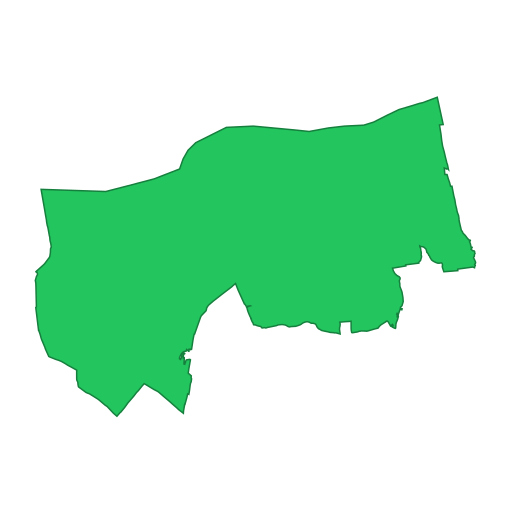 outline of Verguleasa, Olt, Romania, rotated 92°
{"feature_id": "2599482B5579924920696", "entity_name": "Verguleasa", "entity_type": "district", "adm_level": 2, "iso_a3": "ROU", "parent_name": "Romania", "parent_adm1": "Olt", "projection": "albers", "projection_center": [24.361, 44.65], "detail": "fine", "context": "isolated", "style": "filled", "palette": "green", "viewbox_px": 512, "rotation_deg": 92, "n_neighbors": 0, "source": "geoboundaries", "source_scale": "gbopen_adm2", "svg_char_len": 5954}
<svg xmlns="http://www.w3.org/2000/svg" viewBox="0 0 512 512"><g transform="rotate(92 256 256)"><path d="M363.6,459.6L364.0,458.9L366.2,452.8L367.1,449.7L368.1,446.9L370.3,442.7L371.7,440.4L373.5,436.7L376.4,431.1L378.0,431.2L385.4,430.9L386.4,430.7L388.1,429.8L388.7,429.6L390.2,429.5L391.6,429.2L392.8,428.9L393.1,428.7L398.3,421.1L399.0,419.3L399.5,417.7L404.3,409.4L405.4,407.8L410.4,401.5L411.6,399.5L418.1,393.0L421.0,389.4L417.2,386.3L416.8,385.7L412.0,382.0L407.2,378.8L400.5,373.4L396.7,370.7L394.6,368.8L390.0,365.4L387.5,363.3L388.3,361.7L393.0,353.3L394.1,351.0L394.8,349.5L395.6,348.3L399.5,343.5L404.7,336.9L407.0,334.2L410.3,330.1L412.2,328.0L415.7,323.1L413.2,323.0L408.4,322.3L407.3,322.3L406.7,322.1L406.8,321.8L405.0,321.4L400.0,320.2L396.1,319.5L396.0,319.3L396.6,318.3L393.1,317.8L387.4,317.3L385.5,317.0L384.0,316.4L381.2,316.1L380.9,316.1L380.3,316.5L379.4,316.6L378.0,316.5L377.3,317.4L376.3,318.5L376.0,319.1L375.7,319.5L375.0,319.6L371.2,319.2L362.0,317.9L361.8,318.1L361.6,318.6L362.2,321.7L362.4,322.1L364.1,322.8L364.7,322.7L365.7,323.3L366.7,323.4L366.5,324.2L360.2,324.1L359.9,324.3L359.9,324.7L360.3,325.1L359.1,325.2L356.9,324.9L356.1,323.8L355.7,324.0L355.9,324.8L355.6,325.1L355.5,325.3L355.8,325.8L356.5,326.3L357.9,326.9L359.0,326.7L359.9,326.9L360.7,327.3L362.1,327.8L362.0,328.1L361.3,328.9L359.7,328.8L356.4,327.2L355.6,326.6L354.3,325.2L353.8,324.0L353.6,322.9L353.6,322.6L351.8,322.1L352.5,321.1L353.1,320.7L353.6,319.9L353.6,319.7L353.1,319.7L352.9,319.8L352.4,319.9L352.4,319.7L351.5,319.7L351.5,318.8L351.9,318.8L351.9,318.2L351.6,318.2L351.6,317.6L351.3,317.6L351.3,317.1L341.7,316.0L337.3,315.3L336.1,314.9L336.1,314.6L319.5,309.4L318.2,308.9L317.3,308.3L312.6,304.1L311.4,303.7L309.7,303.5L307.0,301.9L302.6,297.2L297.4,291.0L295.2,288.4L287.4,278.9L286.6,278.2L284.2,275.5L290.9,272.6L304.4,265.9L304.6,265.4L306.9,263.8L306.0,260.6L305.9,260.0L306.0,259.8L306.6,261.5L307.7,263.5L308.2,263.2L310.4,262.6L312.7,261.7L316.4,260.0L318.8,258.6L318.9,258.9L321.9,257.5L322.7,256.8L324.8,256.0L324.9,254.9L324.8,254.2L325.3,253.4L325.9,251.1L326.3,248.7L327.5,247.8L327.7,247.3L327.4,245.7L327.3,244.9L327.6,243.9L327.5,243.3L326.9,241.7L326.6,240.3L324.9,233.2L324.1,231.5L323.7,228.7L323.6,226.9L323.9,224.6L324.2,223.6L325.4,221.4L325.7,220.1L325.3,218.4L324.9,214.0L324.2,211.9L323.0,209.0L322.2,208.0L321.3,206.8L320.4,204.9L320.0,203.3L319.9,202.3L320.3,200.4L321.2,198.7L321.3,198.0L321.2,196.6L321.8,194.5L322.0,194.1L322.8,193.5L324.8,192.5L326.1,191.4L326.8,190.5L327.1,189.6L328.1,187.9L328.8,184.3L329.3,181.3L329.8,179.2L329.9,176.1L330.1,174.6L330.0,173.5L331.0,169.2L326.2,170.0L324.4,169.9L323.0,169.6L321.2,169.5L320.2,169.7L319.2,170.0L318.5,164.2L318.2,160.8L317.9,158.7L325.1,158.4L327.0,158.2L329.1,157.7L329.3,157.3L329.3,156.8L328.8,154.2L328.3,151.8L327.6,150.1L327.5,149.2L327.2,148.1L327.2,144.0L327.3,142.8L327.0,141.5L324.9,135.3L324.2,132.8L324.0,132.4L324.0,131.9L323.8,131.5L321.9,130.2L320.8,129.1L320.2,128.4L317.1,123.8L316.9,123.9L316.4,123.0L316.5,122.4L317.2,121.6L321.4,119.0L321.6,118.2L322.2,117.2L321.8,117.0L320.9,117.1L321.2,117.5L320.3,118.1L319.6,117.2L320.5,116.6L320.8,117.0L321.4,116.8L322.4,117.0L323.2,115.2L323.5,114.2L323.1,113.9L319.3,113.8L317.7,113.5L314.5,112.3L311.8,111.7L311.8,112.8L310.7,112.8L310.7,111.8L309.3,111.9L309.3,112.1L309.7,112.3L309.3,113.3L308.3,112.9L308.7,111.9L309.1,112.1L309.1,111.8L309.3,111.7L303.8,110.0L303.9,109.4L304.4,109.5L304.7,108.4L303.7,108.1L303.4,109.3L303.8,109.4L303.7,109.9L302.7,109.9L301.9,109.6L300.8,108.5L300.3,108.3L296.5,107.3L292.4,107.7L287.1,108.8L285.7,109.3L282.2,110.8L281.0,111.2L278.6,111.3L276.0,111.9L275.4,111.8L274.3,111.3L273.0,111.2L272.6,111.4L271.7,112.2L270.6,114.4L268.8,116.5L266.1,118.2L263.4,119.1L260.7,105.9L259.6,106.1L259.2,103.7L257.5,93.3L257.2,93.5L254.7,91.4L251.0,90.5L249.8,90.7L249.4,91.0L247.5,90.9L246.1,91.1L244.7,91.5L243.4,91.6L242.3,91.9L241.1,92.6L240.2,92.7L240.8,91.6L241.0,89.2L241.6,88.2L243.0,86.5L244.4,85.9L246.3,85.4L247.8,84.0L249.2,83.4L249.5,83.0L249.9,82.7L251.4,82.0L253.7,80.5L254.5,79.5L255.4,77.9L256.2,76.1L256.6,74.9L256.8,74.1L256.8,72.5L256.4,70.8L256.4,70.4L256.6,70.1L256.9,69.8L257.8,69.4L258.8,69.3L259.7,69.5L260.9,69.3L265.2,67.7L263.6,53.8L262.2,54.0L262.0,53.6L259.5,39.0L260.1,37.2L259.2,37.1L257.8,36.5L257.6,36.5L257.3,37.0L256.8,37.2L256.2,36.9L255.9,36.5L254.6,36.3L251.6,37.7L250.5,38.4L250.1,38.5L249.4,38.4L248.8,37.8L247.0,37.8L245.8,37.2L244.9,37.6L243.8,37.7L243.5,37.9L243.3,38.2L243.1,39.8L242.4,40.4L241.9,41.3L241.3,41.2L240.1,40.3L239.8,40.3L239.7,41.3L239.1,41.4L238.4,41.8L238.1,41.7L236.2,42.2L235.6,42.4L234.5,43.1L234.2,43.1L233.6,42.5L233.1,42.3L232.8,42.4L232.7,42.6L232.4,43.9L230.5,45.7L228.1,47.6L226.0,49.9L224.3,50.7L223.1,51.7L215.3,53.8L213.0,54.3L211.8,54.5L211.4,54.4L208.4,55.0L206.1,56.0L204.0,56.7L202.0,57.1L197.8,58.3L193.0,59.2L189.0,60.4L179.4,62.6L179.5,64.0L178.8,64.2L175.8,65.1L172.2,66.5L167.9,67.9L167.9,70.1L161.5,70.9L162.4,68.6L162.1,68.4L162.3,67.7L162.4,67.1L162.8,66.7L158.1,67.8L156.2,68.6L154.5,69.0L150.8,70.1L145.5,71.5L139.8,73.3L134.4,74.4L127.7,75.4L124.7,76.0L118.6,77.2L118.1,73.5L91.0,80.4L97.0,94.9L97.8,98.1L98.3,99.4L98.6,100.4L100.1,104.6L104.7,118.3L110.5,129.4L118.1,143.2L121.5,152.9L123.1,172.0L125.5,188.0L129.7,207.2L128.7,221.8L126.3,263.2L128.5,290.1L144.8,320.1L152.7,327.6L161.5,332.2L171.7,335.4L182.5,360.5L190.3,386.4L196.8,408.4L196.9,473.1L216.8,468.9L221.8,467.9L226.9,466.8L229.5,466.4L232.7,465.7L234.7,465.0L243.0,463.2L244.3,462.8L247.6,462.4L251.3,461.4L254.5,460.9L255.0,461.3L256.0,461.6L259.8,461.6L263.3,462.0L264.5,462.4L271.0,466.9L272.2,468.0L279.3,475.4L279.7,475.2L279.9,474.7L280.0,474.2L281.9,473.7L282.8,474.0L284.1,474.7L288.2,475.7L290.8,475.1L293.5,474.9L314.5,473.7L315.1,474.3L338.0,470.7L338.0,470.4L338.5,470.3L341.9,469.0L346.4,467.6L355.7,463.3L355.9,463.4L363.6,459.6Z" fill="#22c55e" stroke="#15803d" stroke-width="1.5"/></g></svg>